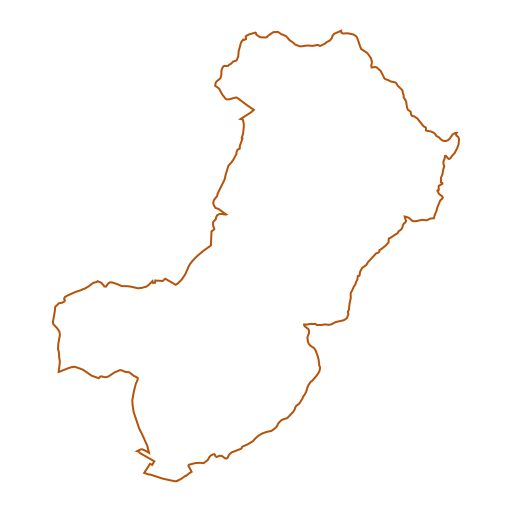 the district of Corrales, Boyacá, Colombia
{"feature_id": "7082276B21264434170875", "entity_name": "Corrales", "entity_type": "district", "adm_level": 2, "iso_a3": "COL", "parent_name": "Colombia", "parent_adm1": "Boyacá", "projection": "mercator", "projection_center": [-72.84, 5.824], "detail": "fine", "context": "isolated", "style": "outline", "palette": "amber", "viewbox_px": 512, "rotation_deg": 0, "n_neighbors": 0, "source": "geoboundaries", "source_scale": "gbopen_adm2", "svg_char_len": 5980}
<svg xmlns="http://www.w3.org/2000/svg" viewBox="0 0 512 512"><path d="M456.7,132.9L455.4,132.9L452.5,134.6L449.7,138.7L447.8,140.3L445.9,141.0L444.2,141.0L442.5,140.5L440.5,139.0L438.9,137.3L436.4,136.0L435.1,133.8L433.4,132.6L430.6,131.4L426.4,130.7L426.0,130.4L425.9,129.6L426.0,128.0L425.7,127.4L424.3,126.8L422.4,125.1L422.3,124.7L417.4,118.5L414.2,116.4L411.9,115.8L411.1,114.4L410.6,111.7L407.7,109.6L406.8,106.3L406.1,101.3L403.7,97.4L403.6,95.2L402.8,92.8L402.5,90.7L401.8,89.6L397.7,85.7L396.3,83.3L395.6,82.7L394.9,82.3L390.8,81.5L388.4,80.2L385.1,79.0L384.3,78.1L380.7,71.0L377.0,67.7L376.2,67.1L375.3,67.0L371.6,67.5L371.2,65.4L371.7,64.0L371.9,61.9L371.5,60.0L370.7,57.8L367.9,53.8L366.7,52.6L361.2,49.0L360.2,46.7L357.5,38.7L356.9,37.3L355.7,35.9L353.1,34.4L347.9,33.3L343.0,33.5L341.9,33.0L341.3,32.3L341.2,30.7L334.2,33.8L332.7,35.6L331.7,38.2L330.0,40.4L326.1,42.5L325.1,43.5L321.3,45.5L320.0,46.0L318.1,45.0L317.1,45.0L312.7,45.9L307.3,45.5L301.8,46.3L299.9,46.3L295.4,44.7L292.4,42.0L290.2,40.7L288.5,39.1L288.0,38.2L285.8,36.0L281.4,34.2L277.9,31.9L273.2,32.2L268.2,35.7L266.8,37.1L265.4,37.5L261.0,37.3L259.5,36.8L256.3,34.6L256.1,33.2L255.4,32.6L248.8,34.5L246.0,36.0L245.7,36.7L246.0,37.8L246.0,39.1L244.6,39.8L243.3,39.5L243.2,40.1L242.0,40.9L240.9,42.9L238.7,51.1L238.2,56.6L236.7,60.2L236.1,60.7L233.2,61.5L231.2,63.6L229.1,64.8L228.1,65.8L227.2,66.0L224.3,65.9L223.4,66.4L222.6,67.4L221.5,70.4L221.3,75.3L220.4,78.2L219.9,78.8L216.8,81.2L215.7,82.7L215.5,83.8L215.2,85.9L218.3,87.9L219.4,89.1L222.2,94.4L225.5,98.7L226.9,99.4L228.8,99.4L235.9,97.5L237.1,97.7L246.5,104.8L253.8,109.9L251.1,112.3L240.6,119.0L242.6,119.4L243.0,120.1L243.8,124.0L243.8,126.6L243.1,133.6L241.7,137.9L242.5,138.5L240.1,145.1L239.8,146.7L239.7,148.8L237.9,149.4L237.4,150.0L236.6,151.8L236.4,154.0L233.6,159.3L231.6,162.2L228.4,165.7L225.6,175.0L224.5,179.8L218.1,192.6L217.3,194.8L217.2,196.0L214.7,199.0L213.9,200.3L213.4,202.0L213.3,203.7L213.8,205.1L215.4,207.9L218.6,209.0L226.2,214.5L225.9,214.6L220.6,213.9L219.3,214.1L217.8,214.9L217.1,215.3L216.8,215.9L216.0,217.7L215.8,219.1L213.5,221.6L213.1,222.4L213.0,224.3L213.3,226.2L214.2,228.2L214.3,229.0L213.5,230.0L211.5,231.4L210.9,245.5L203.4,250.8L196.8,256.4L192.5,260.9L190.1,263.9L188.7,266.4L185.3,274.2L183.4,277.1L181.7,279.6L177.8,283.5L175.7,284.8L165.2,278.7L162.7,281.0L155.3,280.5L155.0,282.8L153.0,282.9L152.5,281.1L149.4,284.2L146.7,286.5L141.6,287.9L138.1,288.3L131.1,286.7L127.7,286.2L121.7,286.1L117.2,284.1L111.6,282.3L109.7,282.5L108.3,283.3L106.0,286.6L104.3,286.5L103.4,285.1L101.2,282.7L97.5,281.2L96.7,282.0L93.7,282.7L91.9,283.8L88.6,286.4L84.6,288.7L83.8,288.8L81.0,290.2L75.3,292.0L67.0,295.8L64.9,297.1L64.1,298.6L64.2,299.3L64.7,299.9L64.8,300.9L64.2,301.6L62.1,302.7L58.5,303.4L57.9,304.4L55.6,306.4L55.2,307.1L54.7,311.9L53.0,321.4L53.0,323.0L53.4,324.2L57.1,328.2L59.3,331.4L59.7,333.3L59.9,334.9L58.3,343.9L58.0,349.0L58.9,352.2L59.3,358.4L59.9,361.6L58.7,372.0L68.8,368.0L72.2,367.0L74.8,366.8L82.3,369.4L84.0,370.4L91.6,375.7L98.8,378.2L100.5,376.5L101.2,376.3L104.8,377.2L106.2,377.2L108.4,376.5L114.4,372.5L119.7,370.2L121.2,370.2L125.2,371.8L129.3,372.3L133.7,375.8L137.7,377.8L137.8,378.6L137.6,379.8L135.7,384.2L133.8,391.8L132.3,400.2L132.6,405.2L133.6,411.9L139.1,428.3L142.0,434.1L147.2,445.6L149.0,452.8L144.4,450.2L142.2,449.3L140.5,449.5L137.2,451.1L138.2,451.4L140.4,453.3L154.3,461.3L152.2,464.9L150.0,463.9L144.2,472.9L148.8,474.5L150.4,474.6L162.9,478.7L175.0,481.3L177.1,481.1L177.1,480.8L180.7,479.2L185.5,475.8L186.0,475.9L189.5,473.1L191.6,471.8L188.5,465.8L188.5,465.2L189.0,464.7L195.7,463.0L200.4,462.8L203.6,463.2L207.7,460.1L209.3,457.2L211.0,455.3L213.5,454.3L214.3,454.2L214.9,454.6L215.4,456.2L216.6,457.0L219.5,455.8L221.4,455.9L222.5,456.3L224.8,458.2L226.2,458.6L227.2,458.2L228.1,457.0L228.7,455.3L229.6,454.2L231.6,452.4L241.2,448.7L241.7,448.1L241.8,447.4L242.4,446.6L247.2,444.6L252.7,441.3L256.0,437.8L259.0,435.3L261.2,434.1L262.9,433.2L266.7,431.9L271.1,431.0L272.0,430.5L274.4,428.8L276.1,427.3L277.2,425.8L278.0,423.9L279.0,422.5L280.9,420.6L282.3,419.7L286.9,418.2L287.6,417.7L293.1,412.0L294.8,409.2L295.1,407.9L295.9,406.3L297.1,405.1L298.8,404.1L299.8,402.9L302.7,398.0L303.1,396.7L304.6,394.7L306.2,391.8L307.8,386.3L308.9,384.3L311.1,381.4L311.8,381.2L316.4,376.0L318.7,372.5L319.5,370.9L320.1,368.0L320.0,367.1L319.1,365.1L319.2,363.2L318.8,362.1L318.8,360.5L317.7,356.1L315.7,350.6L313.9,348.0L310.4,345.7L308.9,344.0L308.4,342.9L307.9,341.4L307.4,337.8L307.8,336.0L308.9,333.6L309.1,331.0L308.4,329.2L304.9,326.4L304.2,325.4L304.1,324.5L307.8,324.5L309.7,323.9L313.7,324.0L315.3,323.8L316.6,324.9L317.2,325.0L321.6,324.9L325.6,324.4L328.8,324.9L331.6,324.3L335.5,322.1L343.5,320.3L345.7,319.1L346.8,318.1L348.4,314.4L347.8,311.7L348.8,310.2L349.6,303.5L350.8,297.7L350.6,294.2L351.0,292.4L351.9,291.0L353.9,286.5L355.3,284.6L355.9,282.5L357.4,279.3L357.8,276.1L358.2,275.8L359.3,275.8L359.6,275.4L360.0,272.0L361.2,269.5L362.6,267.6L366.4,264.9L367.8,262.4L376.1,253.4L378.4,252.6L379.2,251.9L379.4,250.2L381.3,249.1L386.0,245.3L388.5,242.5L388.8,238.5L390.6,237.7L397.2,233.4L397.9,232.7L398.6,231.3L400.8,229.8L402.0,228.4L403.2,224.5L404.0,223.5L404.9,222.8L406.1,221.1L404.8,217.2L404.7,216.5L407.9,217.4L409.6,218.4L411.9,220.5L413.1,221.1L414.6,221.3L416.5,221.1L422.0,219.8L426.3,220.3L427.0,220.2L430.6,218.5L433.8,218.3L434.5,215.8L436.4,211.0L437.3,207.6L440.0,201.0L440.8,199.9L442.3,198.6L442.8,197.7L442.7,197.2L441.9,196.1L439.0,193.9L437.4,190.7L437.7,190.3L438.4,190.4L438.8,189.8L438.6,186.8L438.9,185.7L442.2,184.0L442.4,183.6L442.3,182.9L440.9,182.3L440.8,181.4L441.1,180.4L440.9,179.1L441.1,177.4L442.4,174.4L443.3,169.1L444.1,167.1L444.2,165.7L443.5,164.3L443.4,161.7L444.7,158.3L445.0,156.0L445.8,155.8L448.5,158.9L449.5,158.8L450.6,158.0L451.9,156.0L454.7,153.0L457.3,147.9L458.6,144.2L459.0,138.9L458.2,136.9L456.4,135.6L456.1,135.0L456.2,133.7L456.7,132.9Z" fill="none" stroke="#b45309" stroke-width="2"/></svg>